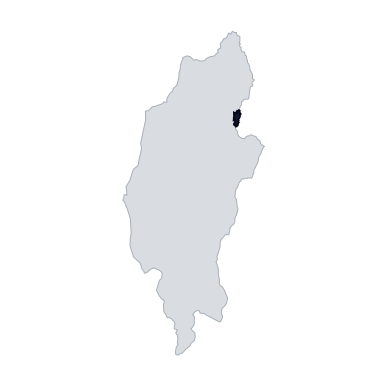 Bayantes, Dzavhan, Mongolia shown in context, rotated 95°
{"feature_id": "93677404B69236363496487", "entity_name": "Bayantes", "entity_type": "district", "adm_level": 2, "iso_a3": "MNG", "parent_name": "Mongolia", "parent_adm1": "Dzavhan", "projection": "natural_earth1", "projection_center": [96.047, 49.77], "detail": "fine", "context": "in_parent", "style": "filled", "palette": "ink", "viewbox_px": 384, "rotation_deg": 95, "n_neighbors": 0, "source": "geoboundaries", "source_scale": "gbopen_adm2", "svg_char_len": 5958}
<svg xmlns="http://www.w3.org/2000/svg" viewBox="0 0 384 384"><g transform="rotate(95 192 192)"><path d="M29.2,161.6L30.4,161.5L32.3,160.3L32.5,158.7L33.2,157.8L37.6,157.4L39.6,157.9L39.9,156.9L40.3,156.7L41.4,157.6L42.4,157.2L43.1,156.8L43.8,155.6L45.3,155.8L48.0,154.4L47.9,152.0L48.9,151.5L51.3,151.0L51.6,149.9L52.1,149.6L53.8,149.3L56.8,148.1L58.2,148.0L59.2,146.9L61.9,145.5L65.8,144.8L66.2,144.1L69.8,141.9L73.7,141.8L74.7,139.9L75.3,139.8L78.0,142.0L79.1,141.7L79.5,140.9L81.2,140.9L81.8,142.4L82.7,143.1L94.2,143.7L94.5,144.3L95.2,148.0L97.3,149.7L97.8,150.5L100.9,150.2L102.8,151.6L105.5,151.6L106.9,151.9L109.6,150.6L110.2,150.6L111.0,151.3L112.3,150.8L114.8,152.1L116.7,151.8L117.7,152.4L118.8,151.9L121.5,152.3L123.8,154.3L125.3,154.1L127.1,152.8L127.6,151.9L130.3,151.5L131.7,150.6L132.7,149.8L134.2,146.9L134.4,144.0L133.1,143.5L131.9,142.6L131.2,141.0L131.1,139.9L129.9,138.2L129.9,137.4L130.7,135.9L131.0,133.6L131.9,132.3L133.7,131.6L133.9,130.7L135.0,128.9L137.8,127.8L139.4,125.9L140.3,123.8L141.7,124.9L145.4,126.3L148.5,126.9L150.6,128.4L156.0,128.8L165.1,132.3L167.0,132.1L172.4,133.5L172.9,134.0L172.9,136.7L173.4,137.4L173.6,140.2L174.7,141.6L174.5,143.3L175.0,143.8L176.3,144.1L178.5,145.9L183.3,147.1L184.8,148.2L188.1,149.0L189.8,148.6L192.6,148.8L193.6,148.6L195.3,147.3L196.4,146.9L202.6,145.8L204.3,144.9L205.4,144.7L210.4,145.6L213.9,146.9L218.8,146.8L221.2,148.3L222.3,149.7L224.3,150.9L231.1,151.5L231.5,151.8L231.5,154.8L231.8,155.2L236.5,158.5L238.6,159.5L244.9,159.3L254.7,161.5L256.9,160.8L259.1,161.9L259.8,161.8L266.0,159.1L266.9,159.2L273.4,158.2L277.4,156.8L280.6,156.9L283.0,155.7L283.9,153.4L287.8,150.7L294.8,147.3L299.3,147.8L302.0,149.0L304.9,151.5L306.5,152.1L309.4,152.3L313.5,150.7L315.7,151.1L317.7,151.8L319.2,153.1L313.8,165.7L313.8,166.4L312.0,169.1L312.0,173.3L309.5,174.8L310.0,177.2L310.7,178.2L313.8,180.6L314.7,180.3L315.4,179.3L317.0,178.4L319.8,178.6L322.3,178.2L325.5,179.0L328.6,181.0L332.4,176.7L336.2,176.2L339.8,176.7L342.7,179.7L346.1,181.0L347.1,182.7L348.5,183.4L348.9,184.2L353.2,187.5L354.2,189.8L355.5,191.3L355.6,192.9L355.4,193.7L353.9,194.6L348.3,194.2L344.9,192.6L343.7,193.5L339.5,193.2L337.1,193.8L335.5,194.4L334.6,195.5L333.9,195.7L333.2,195.7L331.8,194.8L330.7,194.9L330.4,195.0L329.9,197.8L326.3,197.8L325.0,197.4L322.1,198.7L321.7,199.8L320.2,201.2L319.0,203.9L319.4,205.1L319.0,205.9L316.4,207.3L314.0,209.5L308.7,210.4L306.2,210.6L304.3,210.0L302.5,210.4L301.2,212.9L298.0,215.9L293.1,218.8L283.9,217.0L282.7,216.6L280.7,214.7L275.4,214.7L274.0,215.9L272.8,217.8L270.9,223.8L273.1,227.2L275.7,229.4L276.8,231.0L276.9,232.4L275.2,233.0L273.1,235.2L267.6,237.2L261.7,244.7L250.8,249.1L244.1,249.4L238.6,249.0L224.1,251.0L214.8,254.9L207.9,258.3L206.5,259.9L205.7,260.2L204.4,259.5L200.6,259.3L200.6,256.5L192.4,258.1L185.6,254.8L176.0,252.8L174.0,252.0L170.7,248.3L169.0,247.8L164.8,247.6L153.2,245.9L147.8,247.4L124.2,244.5L115.7,245.4L115.3,245.0L114.8,242.6L110.7,239.0L110.2,238.1L110.0,236.7L106.7,229.2L104.7,228.1L104.9,224.9L101.8,225.2L98.3,224.0L94.8,221.8L93.1,220.1L90.6,219.8L87.5,216.8L86.0,216.2L78.6,215.0L74.8,215.4L70.8,214.6L66.2,214.5L64.7,213.9L63.4,214.0L60.7,212.7L58.9,212.9L56.8,208.7L57.3,206.0L58.3,204.4L60.4,202.0L60.4,201.1L59.6,199.0L60.9,195.1L60.5,192.7L59.3,190.1L57.8,189.4L55.6,185.8L55.0,182.9L54.1,181.0L51.8,179.8L51.1,178.1L50.4,178.0L49.9,178.5L48.5,178.8L47.1,177.7L46.4,176.5L45.6,176.2L44.0,176.2L42.7,176.8L41.2,176.5L39.9,175.4L36.5,173.7L36.4,172.4L36.0,171.6L34.9,171.3L33.9,170.4L30.6,169.4L30.5,168.8L31.5,167.4L29.2,166.3L28.4,165.2L29.7,163.6L29.2,162.6L29.2,161.6Z" fill="#d9dde1" stroke="#a8b0b8" stroke-width="1"/><path d="M121.0,156.3L121.3,156.2L121.5,156.0L121.7,155.6L121.8,155.6L122.1,155.1L122.3,154.8L123.0,154.2L122.5,153.8L122.9,153.5L122.9,153.4L123.0,153.3L123.0,153.2L122.9,153.1L122.4,153.1L122.2,153.0L122.1,152.9L122.1,153.0L122.0,152.9L121.9,152.9L121.9,153.0L121.8,152.9L121.7,152.8L121.7,152.7L121.7,152.4L121.7,152.2L121.4,152.2L121.2,152.2L120.9,152.1L120.7,152.1L120.4,152.2L120.2,152.1L119.9,152.0L119.9,151.9L119.6,151.9L119.5,152.0L119.4,151.9L119.3,152.0L119.2,152.0L119.0,151.9L118.9,151.8L118.8,151.7L118.8,151.8L118.7,151.8L118.5,152.0L118.4,152.0L118.2,152.1L118.0,152.3L117.9,152.3L117.7,152.4L117.5,152.2L117.4,151.9L117.3,151.7L117.2,151.6L116.9,151.5L116.7,151.6L116.7,151.8L116.4,151.9L116.3,152.0L116.2,152.2L116.1,152.3L115.9,152.4L115.7,152.3L115.6,152.2L115.4,152.1L115.2,152.0L115.1,151.9L115.1,151.7L114.9,151.5L114.7,151.5L114.7,151.4L114.4,151.3L114.3,151.2L114.1,151.1L113.9,151.1L113.7,151.0L113.4,150.9L113.3,151.0L113.1,150.9L113.0,151.0L112.9,151.0L112.8,150.9L112.7,150.9L112.5,150.7L112.4,150.7L112.2,150.7L111.9,150.8L111.9,150.7L111.9,150.8L111.7,150.9L111.7,151.0L111.3,151.2L111.2,151.1L111.1,150.9L110.8,150.8L110.7,150.7L110.8,150.7L110.7,150.4L110.4,150.3L110.3,150.2L110.2,150.3L109.9,150.3L109.7,150.4L109.5,150.5L109.4,150.5L109.3,150.8L109.6,151.0L109.6,151.3L109.4,151.3L109.2,151.3L109.1,151.2L109.0,151.3L108.9,151.3L108.7,151.3L108.4,151.3L108.2,151.4L107.9,151.4L107.4,151.5L107.3,151.8L107.2,151.8L107.2,152.0L107.1,151.9L107.1,152.0L106.9,152.0L106.7,152.0L106.6,151.9L106.5,152.0L106.4,152.1L106.2,152.2L106.1,152.3L106.1,152.5L106.4,153.0L106.5,153.0L106.8,153.1L106.9,153.3L107.0,153.2L107.1,153.3L107.1,153.2L107.2,153.3L107.3,153.3L107.5,153.5L107.5,153.8L107.8,154.0L108.0,154.1L107.9,154.2L108.0,154.2L108.3,154.2L108.5,154.2L108.8,154.1L108.8,154.3L108.9,154.5L109.0,154.5L108.9,154.6L109.0,154.6L108.9,154.8L108.8,155.0L109.0,155.2L109.3,155.1L109.5,155.1L109.4,155.0L109.6,154.9L109.8,154.8L109.9,155.2L109.8,155.7L110.0,156.3L109.7,156.2L109.1,156.1L109.1,156.6L109.6,156.8L109.2,157.3L110.5,157.2L111.1,157.1L112.1,157.0L112.7,156.5L113.5,156.9L114.1,157.1L114.6,156.9L117.2,156.9L116.7,155.8L116.6,155.6L118.1,155.4L119.4,155.3L119.6,155.9L120.4,156.3L120.9,156.3L121.0,156.3Z" fill="#0f172a" stroke="#020617" stroke-width="1.5"/></g></svg>